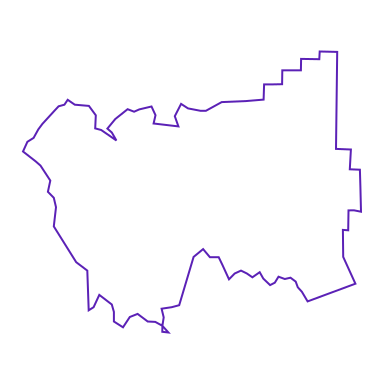 outline of Faxinal do Soturno, Rio Grande do Sul, Brazil
{"feature_id": "56859067B83902745651897", "entity_name": "Faxinal do Soturno", "entity_type": "district", "adm_level": 2, "iso_a3": "BRA", "parent_name": "Brazil", "parent_adm1": "Rio Grande do Sul", "projection": "robinson", "projection_center": [-53.471, -29.558], "detail": "fine", "context": "isolated", "style": "outline", "palette": "violet", "viewbox_px": 384, "rotation_deg": 0, "n_neighbors": 0, "source": "geoboundaries", "source_scale": "gbopen_adm2", "svg_char_len": 1351}
<svg xmlns="http://www.w3.org/2000/svg" viewBox="0 0 384 384"><path d="M337.2,51.9L319.7,51.5L319.3,59.2L301.1,58.9L300.9,70.3L282.3,70.3L282.1,84.2L272.0,84.4L264.1,84.4L263.6,99.6L245.6,101.1L221.7,102.1L205.9,110.8L200.5,110.8L188.0,108.4L181.1,103.9L174.8,116.2L178.4,126.4L153.6,123.5L155.5,115.2L151.5,106.5L139.3,109.4L134.1,111.7L127.6,109.2L115.3,119.0L107.4,128.6L111.8,132.5L116.4,140.5L101.2,130.0L95.2,128.4L95.8,115.3L88.9,105.9L74.8,104.7L67.7,99.8L64.4,104.7L58.6,106.3L54.4,110.8L42.4,123.9L38.3,129.4L33.6,137.9L27.4,141.8L23.0,151.5L35.7,161.4L40.5,165.6L50.3,180.6L47.9,191.8L53.8,197.8L56.0,207.2L53.8,226.4L76.2,262.2L87.3,270.6L88.7,310.3L93.6,307.2L99.3,294.9L111.8,304.5L113.9,311.9L113.9,321.5L123.0,327.3L129.8,317.0L137.6,313.9L147.7,321.5L155.3,321.9L162.4,325.8L163.7,317.4L161.6,308.7L171.7,307.2L179.2,305.2L193.6,256.9L203.1,249.1L209.9,257.2L218.7,257.2L222.5,265.1L229.0,279.3L234.7,273.5L241.0,270.6L246.9,273.5L252.4,277.3L259.7,272.2L263.3,278.6L270.1,285.1L274.8,282.7L278.5,276.7L284.8,279.0L290.5,277.7L295.7,281.6L297.8,287.3L301.9,291.8L307.6,301.4L355.4,283.7L343.2,256.9L342.9,229.9L348.2,230.3L348.5,210.4L353.9,210.3L361.0,211.7L360.4,186.9L359.9,169.7L349.8,169.3L350.9,149.5L336.0,148.9L337.2,51.9ZM162.4,325.8L162.3,331.8L168.4,332.5L162.4,325.8Z" fill="none" stroke="#5b21b6" stroke-width="2"/></svg>